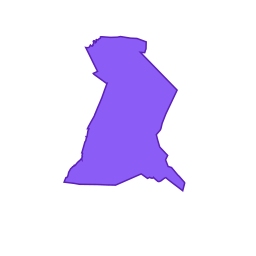 outline of Santiago Nacaltepec, Oaxaca, Mexico, rotated 35°
{"feature_id": "50627088B46884693471354", "entity_name": "Santiago Nacaltepec", "entity_type": "district", "adm_level": 2, "iso_a3": "MEX", "parent_name": "Mexico", "parent_adm1": "Oaxaca", "projection": "orthographic", "projection_center": [-96.923, 17.515], "detail": "fine", "context": "isolated", "style": "filled", "palette": "violet", "viewbox_px": 256, "rotation_deg": 35, "n_neighbors": 0, "source": "geoboundaries", "source_scale": "gbopen_adm2", "svg_char_len": 2595}
<svg xmlns="http://www.w3.org/2000/svg" viewBox="0 0 256 256"><g transform="rotate(35 128 128)"><path d="M63.2,95.1L65.6,96.4L70.6,99.1L68.2,103.2L69.0,103.5L71.3,103.6L73.1,103.6L79.4,103.7L84.7,103.8L85.2,103.3L87.1,110.5L88.0,113.7L88.7,116.3L88.8,116.7L89.2,118.0L89.4,118.6L89.4,119.0L90.3,123.0L91.4,128.4L92.8,134.6L92.9,135.4L93.5,137.4L93.8,140.3L94.2,144.7L94.5,147.0L94.7,149.1L94.9,150.2L95.1,151.1L95.2,151.9L96.5,151.2L96.6,151.8L96.7,152.4L96.9,153.5L97.0,153.7L97.1,153.9L99.4,158.7L98.7,159.1L99.2,159.4L99.4,159.6L100.7,162.7L100.7,162.9L100.7,164.1L101.0,165.0L102.0,167.8L103.7,172.7L104.2,174.2L104.3,174.5L104.4,174.9L104.6,174.8L105.2,174.8L105.6,175.3L105.8,176.1L106.0,176.7L106.5,177.4L106.8,177.4L106.9,177.9L107.2,178.1L107.3,179.0L108.1,180.2L108.3,180.4L107.9,180.3L107.2,180.6L107.2,182.2L107.1,182.5L106.8,182.9L106.9,183.5L106.6,184.2L106.4,185.1L106.5,185.3L106.3,185.9L106.3,186.2L106.2,187.5L106.3,188.2L106.2,188.8L106.1,189.1L105.8,188.8L105.3,189.4L105.4,190.3L105.3,190.9L105.1,191.1L104.8,191.6L104.9,192.3L104.7,193.0L104.4,194.4L104.5,195.3L104.6,196.0L104.8,198.2L106.2,201.7L106.4,203.3L106.3,203.5L106.2,203.6L105.8,203.9L105.7,204.0L105.6,204.3L106.4,207.9L106.5,208.1L106.7,209.0L115.3,204.4L120.6,201.9L135.6,191.7L144.8,185.8L145.2,185.5L150.6,181.9L164.7,158.7L165.3,158.0L172.9,158.1L173.4,157.2L173.7,156.7L173.9,156.3L174.1,155.9L175.1,155.9L175.6,155.7L176.0,155.5L176.4,155.4L177.3,154.5L177.2,153.9L177.5,154.0L178.1,154.0L178.4,154.1L178.7,154.1L179.1,154.2L179.6,154.3L183.0,154.6L183.3,154.5L183.7,154.4L184.5,153.7L185.4,152.2L185.7,151.1L186.5,148.6L187.3,147.1L187.5,146.9L189.7,147.2L193.5,147.4L198.2,147.6L201.2,147.7L208.8,148.0L206.0,140.5L205.2,140.1L197.5,138.2L196.8,138.1L195.9,138.0L186.3,135.4L182.9,136.5L177.0,132.5L176.2,127.7L174.7,127.4L174.2,127.3L173.5,127.2L173.1,127.1L172.7,127.0L164.9,125.4L159.5,121.1L155.0,117.2L155.6,111.3L155.5,110.5L155.3,109.6L153.3,104.6L150.9,94.8L146.5,68.8L100.2,60.0L94.7,58.9L98.5,56.7L97.7,54.3L97.6,53.9L97.4,52.9L93.5,47.0L84.0,49.5L78.6,52.9L69.8,57.2L69.4,57.4L69.3,57.5L67.3,59.6L61.7,63.8L54.0,68.4L53.2,69.1L53.8,70.2L53.6,70.8L53.3,71.1L53.1,71.7L52.9,73.2L51.6,73.5L51.3,73.9L51.4,74.2L52.0,74.8L52.4,75.1L52.5,75.4L52.6,75.7L52.5,76.6L51.6,76.1L50.6,75.8L49.9,76.1L49.8,76.8L50.0,77.2L51.1,77.8L51.4,78.2L51.4,78.4L51.4,78.7L51.3,79.0L51.4,79.8L51.5,80.1L52.0,80.5L51.8,81.3L51.5,81.7L50.8,81.7L49.6,81.6L49.9,83.7L49.8,84.1L49.5,84.7L49.4,84.8L49.1,85.1L48.4,85.7L48.0,85.9L47.2,86.3L47.6,86.5L63.2,95.1Z" fill="#8b5cf6" stroke="#5b21b6" stroke-width="1.5"/></g></svg>